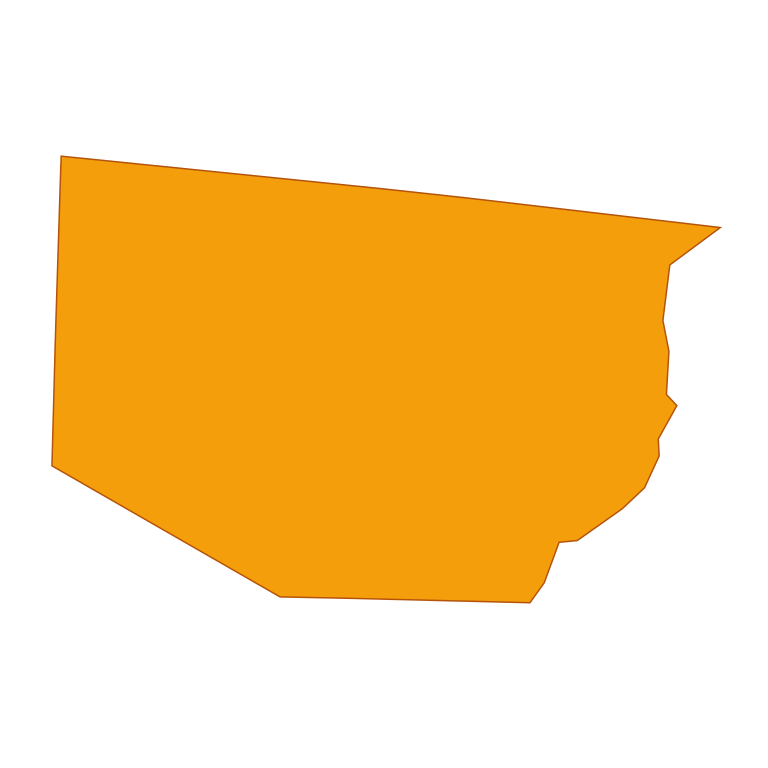 Brunswick, Virginia, United States of America, rotated 92°
{"feature_id": "52423323B81794137886783", "entity_name": "Brunswick", "entity_type": "district", "adm_level": 2, "iso_a3": "USA", "parent_name": "United States of America", "parent_adm1": "Virginia", "projection": "albers", "projection_center": [-77.853, 36.783], "detail": "fine", "context": "isolated", "style": "filled", "palette": "amber", "viewbox_px": 768, "rotation_deg": 92, "n_neighbors": 0, "source": "geoboundaries", "source_scale": "gbopen_adm2", "svg_char_len": 492}
<svg xmlns="http://www.w3.org/2000/svg" viewBox="0 0 768 768"><g transform="rotate(92 384 384)"><path d="M330.1,714.1L349.5,714.0L357.3,714.0L365.3,713.9L477.4,713.0L600.4,480.5L599.5,420.1L597.5,230.5L577.0,216.9L536.1,203.5L533.7,185.4L500.3,141.5L478.6,120.0L446.3,106.5L429.4,108.0L395.4,90.6L384.6,101.4L341.4,100.4L310.8,107.5L255.0,102.5L215.9,53.4L195.2,307.6L189.0,391.7L167.6,714.6L175.1,714.5L175.7,714.6L330.1,714.1Z" fill="#f59e0b" stroke="#b45309" stroke-width="1.5"/></g></svg>